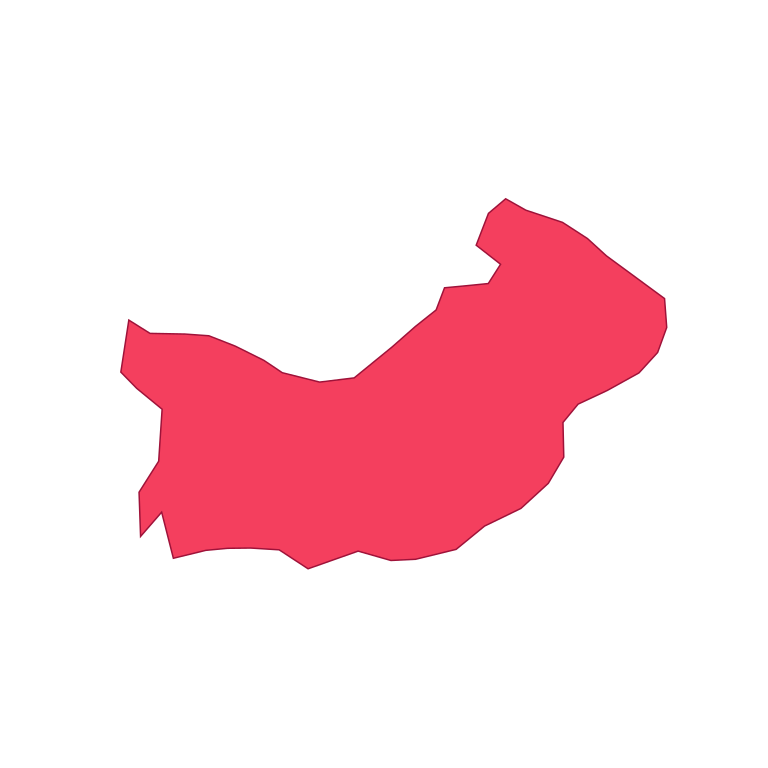 outline of Kokkinotrimithia, Nicosia, Cyprus, rotated 331°
{"feature_id": "46923920B32049990820743", "entity_name": "Kokkinotrimithia", "entity_type": "district", "adm_level": 2, "iso_a3": "CYP", "parent_name": "Cyprus", "parent_adm1": "Nicosia", "projection": "equal_earth", "projection_center": [33.202, 35.161], "detail": "fine", "context": "isolated", "style": "filled", "palette": "rose", "viewbox_px": 768, "rotation_deg": 331, "n_neighbors": 0, "source": "geoboundaries", "source_scale": "gbopen_adm2", "svg_char_len": 806}
<svg xmlns="http://www.w3.org/2000/svg" viewBox="0 0 768 768"><g transform="rotate(331 384 384)"><path d="M580.2,281.0L558.1,285.4L531.9,307.3L544.0,335.8L523.9,346.7L503.7,338.0L483.6,329.2L465.5,344.5L439.3,348.9L409.2,355.5L360.9,364.2L328.6,351.1L300.5,324.8L290.4,305.1L272.3,278.8L254.2,256.9L234.1,243.8L203.9,226.3L191.8,204.4L159.6,246.0L165.6,267.9L177.7,298.5L149.5,342.3L117.3,359.9L97.2,399.3L127.4,388.3L115.3,434.3L147.5,443.1L167.6,451.9L187.8,462.8L211.9,478.2L228.0,508.8L280.3,517.6L304.5,541.7L326.6,552.6L366.9,563.6L403.1,557.0L443.4,559.2L479.6,550.5L505.8,535.1L521.9,504.4L544.0,495.7L576.2,497.9L612.4,497.9L638.6,489.1L658.7,471.6L670.8,445.3L656.7,414.6L640.6,379.6L632.5,355.5L618.5,329.2L592.3,300.7L580.2,281.0Z" fill="#f43f5e" stroke="#9f1239" stroke-width="1.5"/></g></svg>